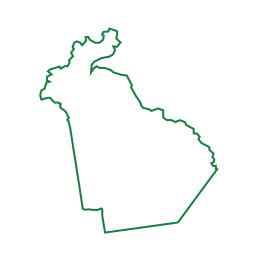 the district of Boise, Idaho, United States of America, rotated 261°
{"feature_id": "52423323B9303056648092", "entity_name": "Boise", "entity_type": "district", "adm_level": 2, "iso_a3": "USA", "parent_name": "United States of America", "parent_adm1": "Idaho", "projection": "mercator", "projection_center": [-115.514, 43.968], "detail": "fine", "context": "isolated", "style": "outline", "palette": "green", "viewbox_px": 256, "rotation_deg": 261, "n_neighbors": 0, "source": "geoboundaries", "source_scale": "gbopen_adm2", "svg_char_len": 1953}
<svg xmlns="http://www.w3.org/2000/svg" viewBox="0 0 256 256"><g transform="rotate(261 128 128)"><path d="M178.8,48.5L177.7,47.9L175.2,46.7L172.7,46.4L171.1,46.9L169.9,46.7L169.6,48.2L170.2,49.4L170.1,51.3L170.3,53.8L169.9,55.9L168.0,57.2L166.1,58.3L164.4,59.8L164.4,61.4L163.6,64.0L162.8,64.4L162.3,64.9L162.3,65.3L161.5,65.2L160.9,64.6L159.1,64.3L157.5,65.6L156.0,67.1L154.7,68.5L152.4,69.5L151.1,70.2L149.3,70.1L147.7,71.2L147.0,71.1L146.5,70.2L145.5,69.3L144.4,70.2L137.2,70.9L127.9,70.9L124.1,70.9L118.0,70.8L107.3,70.9L98.2,70.9L91.6,70.8L85.7,70.8L79.7,70.9L72.0,70.8L68.0,70.8L62.2,70.7L55.3,70.7L54.4,71.9L54.0,73.4L53.9,74.6L53.9,76.0L53.7,76.7L53.5,77.8L52.9,79.2L52.7,80.6L52.4,82.1L52.3,83.5L51.8,84.6L51.9,85.7L52.3,87.1L52.3,88.2L52.7,88.9L51.9,89.7L49.9,89.7L46.3,88.9L40.5,88.9L37.4,88.9L28.3,89.0L26.9,162.5L29.7,165.4L64.3,200.4L73.3,209.6L74.0,208.4L77.0,208.8L77.1,206.2L80.2,204.8L81.0,207.5L83.7,208.3L86.1,206.8L89.3,208.4L93.8,204.9L96.3,205.5L101.5,198.4L105.6,195.9L108.1,197.4L111.7,195.2L112.4,192.1L116.8,192.7L121.9,185.9L124.8,185.3L127.6,180.5L126.6,175.6L129.2,171.8L129.7,167.7L132.9,164.4L139.9,165.6L142.6,160.6L141.2,153.9L143.2,151.8L145.2,146.7L147.1,144.9L151.6,144.0L158.7,140.7L167.8,137.4L169.4,138.6L180.0,135.0L181.6,129.7L185.3,122.2L188.1,119.9L190.9,114.4L191.8,109.3L193.8,106.7L192.2,103.5L188.6,100.2L196.1,102.0L198.8,105.1L201.2,112.5L201.4,120.7L203.1,124.8L207.2,127.5L210.9,126.3L209.9,129.8L213.7,134.0L218.2,130.4L222.3,132.1L225.5,132.1L229.1,125.2L226.4,123.7L226.8,118.9L224.3,116.9L223.0,118.5L219.1,117.2L216.7,113.2L217.4,108.8L221.1,104.2L224.1,103.0L224.4,100.3L220.9,100.3L216.9,95.7L219.8,94.1L221.5,91.1L220.4,88.0L216.2,85.9L214.6,87.0L211.3,83.6L207.5,84.9L204.0,80.2L202.0,80.6L198.3,77.9L199.1,75.6L197.2,70.9L199.4,70.0L198.1,60.7L196.6,57.8L192.9,60.8L191.4,56.2L187.8,55.3L186.0,57.7L185.7,54.6L179.8,51.7L178.8,48.5Z" fill="none" stroke="#15803d" stroke-width="2"/></g></svg>